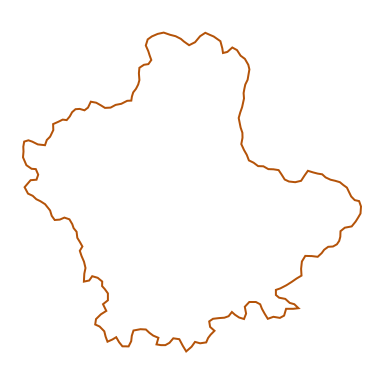 outline of Betim, Minas Gerais, Brazil
{"feature_id": "56859067B86434852333511", "entity_name": "Betim", "entity_type": "district", "adm_level": 2, "iso_a3": "BRA", "parent_name": "Brazil", "parent_adm1": "Minas Gerais", "projection": "albers", "projection_center": [-44.196, -19.942], "detail": "fine", "context": "isolated", "style": "outline", "palette": "amber", "viewbox_px": 384, "rotation_deg": 0, "n_neighbors": 0, "source": "geoboundaries", "source_scale": "gbopen_adm2", "svg_char_len": 2892}
<svg xmlns="http://www.w3.org/2000/svg" viewBox="0 0 384 384"><path d="M232.3,47.5L227.4,51.9L223.0,53.0L222.3,48.3L220.4,41.2L213.7,36.5L209.5,34.7L205.3,32.8L200.1,36.2L195.1,42.2L189.1,45.2L183.9,41.5L180.9,38.9L175.6,36.2L170.1,34.8L163.7,32.6L157.7,33.9L151.9,36.4L147.7,39.4L145.8,45.5L148.3,51.2L149.6,55.3L151.3,60.0L148.4,64.1L143.9,64.8L139.4,67.8L138.9,73.3L139.4,80.1L138.2,84.5L136.0,88.8L133.2,92.4L131.9,96.6L131.3,100.6L127.2,100.8L121.3,103.8L115.6,104.9L110.6,107.6L105.0,107.9L100.8,105.3L96.2,102.7L90.8,101.7L88.0,107.6L84.5,110.3L79.7,108.9L75.5,109.2L72.1,112.2L69.8,116.4L66.7,120.1L62.7,119.6L58.5,121.7L53.1,124.1L53.3,130.1L50.1,136.7L46.8,140.0L45.0,145.2L37.8,144.4L32.2,141.6L28.4,140.3L24.2,141.6L23.3,146.7L23.5,151.6L23.0,157.3L26.4,165.2L31.6,168.8L35.8,169.1L38.2,174.7L36.5,179.7L30.6,180.2L24.6,187.2L28.0,193.6L32.7,195.8L36.3,199.2L40.4,201.2L45.1,204.2L50.1,210.5L51.7,215.8L54.7,220.0L59.8,219.6L64.4,217.6L69.4,219.3L72.3,224.2L73.6,228.1L76.6,231.8L77.3,237.8L80.0,242.2L82.4,246.5L79.8,250.8L81.5,255.9L84.0,261.7L85.5,268.0L84.3,273.8L83.9,281.6L89.2,280.5L92.2,276.2L97.7,277.8L102.2,281.5L102.1,286.1L104.8,289.1L107.9,293.4L107.9,300.3L103.0,304.2L106.3,310.9L100.9,314.3L96.0,319.1L95.2,324.5L99.6,326.5L104.3,331.3L105.6,336.6L107.5,341.7L112.4,339.5L116.2,337.2L119.1,342.2L122.4,346.3L128.6,346.4L131.2,341.2L131.8,335.8L133.5,330.5L140.5,329.2L145.9,329.5L149.4,332.8L153.2,335.6L158.4,337.8L156.5,344.4L160.7,345.1L165.4,345.1L169.5,342.8L173.3,338.3L179.3,339.2L182.8,345.8L186.2,351.4L191.6,346.7L195.0,341.9L200.1,343.3L206.2,342.4L208.1,338.0L210.6,334.7L214.5,330.8L210.1,326.9L209.2,321.4L213.0,318.8L218.9,318.1L224.4,317.7L228.6,316.2L231.9,312.0L234.9,314.7L239.1,317.5L244.0,319.0L246.1,313.6L244.8,306.8L249.3,302.0L255.9,302.0L260.2,304.3L261.9,308.7L264.6,313.6L267.8,318.8L273.4,316.8L279.9,317.9L284.1,315.6L286.1,308.8L293.2,308.8L298.5,308.2L294.3,304.2L289.7,302.9L285.3,298.9L279.1,297.7L275.9,295.0L275.9,289.9L280.3,288.4L286.3,285.3L291.7,281.9L296.6,278.5L301.5,275.6L301.1,268.8L301.9,261.5L305.3,255.9L312.0,256.1L317.7,256.8L321.7,253.1L324.2,249.7L328.2,246.8L333.0,246.5L336.9,244.3L339.2,240.9L340.3,236.8L340.5,231.2L344.8,227.7L351.7,226.4L355.6,221.6L358.0,217.8L360.5,213.5L361.0,206.5L359.1,201.1L354.7,200.1L351.2,196.5L349.0,192.0L346.9,187.6L343.3,185.0L339.9,182.2L335.2,180.8L330.5,179.7L325.6,177.4L322.2,174.3L317.7,173.6L313.1,172.4L307.9,170.8L304.7,175.3L301.1,180.8L295.2,182.2L288.9,181.5L284.7,179.5L281.5,174.4L278.6,170.1L273.4,169.3L268.3,169.1L263.4,166.3L258.1,166.1L253.6,162.7L248.9,160.4L246.8,154.9L244.0,150.0L241.3,144.1L242.5,137.8L242.4,132.8L240.6,127.5L238.7,118.0L240.2,112.6L242.1,107.2L244.0,98.5L243.6,93.1L244.3,89.1L245.3,84.5L247.6,79.8L248.5,74.6L249.4,69.4L248.3,64.8L244.9,58.9L240.6,55.7L237.0,50.1L232.3,47.5Z" fill="none" stroke="#b45309" stroke-width="2"/></svg>